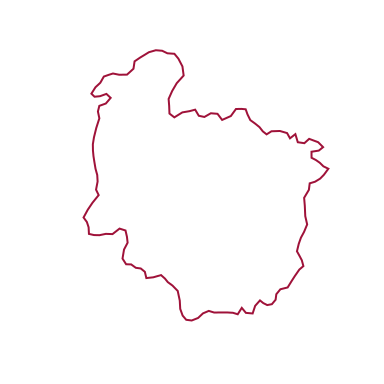 Matias Barbosa, Minas Gerais, Brazil (Equal Earth projection), rotated 204°
{"feature_id": "56859067B96954562093001", "entity_name": "Matias Barbosa", "entity_type": "district", "adm_level": 2, "iso_a3": "BRA", "parent_name": "Brazil", "parent_adm1": "Minas Gerais", "projection": "equal_earth", "projection_center": [-43.306, -21.87], "detail": "fine", "context": "isolated", "style": "outline", "palette": "rose", "viewbox_px": 384, "rotation_deg": 204, "n_neighbors": 0, "source": "geoboundaries", "source_scale": "gbopen_adm2", "svg_char_len": 1941}
<svg xmlns="http://www.w3.org/2000/svg" viewBox="0 0 384 384"><g transform="rotate(204 192 192)"><path d="M129.1,284.5L136.5,283.5L144.1,279.8L147.3,275.0L152.0,276.2L156.7,278.7L162.3,280.2L168.0,281.4L172.9,285.5L176.6,289.4L180.7,288.0L185.6,285.7L187.4,277.2L193.8,270.1L200.5,273.8L206.8,271.6L211.2,265.6L216.8,264.4L222.6,268.5L227.2,264.8L233.2,260.8L238.5,253.0L244.5,254.5L247.9,261.4L251.2,267.5L251.2,276.2L250.2,285.2L247.0,295.0L251.8,302.8L258.7,308.3L264.3,311.1L270.9,308.7L276.7,308.9L282.7,306.8L288.2,302.2L291.0,298.1L294.0,293.8L297.6,288.0L295.6,280.8L299.1,272.8L306.2,269.5L312.4,268.1L315.9,265.0L319.5,261.6L320.2,254.5L322.8,248.4L323.9,240.9L319.8,239.4L315.0,242.1L310.1,246.8L304.6,244.9L306.7,237.8L311.7,233.0L310.7,227.3L306.6,221.6L305.5,211.6L303.8,202.1L302.0,195.3L299.4,189.7L296.6,184.7L293.7,180.2L289.6,174.0L285.5,169.0L282.5,163.2L280.6,155.1L276.0,151.2L278.5,141.9L280.0,133.5L280.7,124.6L275.8,121.8L272.1,117.7L269.1,111.8L264.0,112.8L259.0,114.9L253.7,118.7L247.5,121.2L243.3,129.1L237.1,129.8L233.2,124.6L230.2,119.5L230.7,111.8L228.4,102.9L222.8,99.2L218.1,101.1L212.5,99.9L207.7,101.3L202.6,99.9L198.7,94.8L192.7,98.3L186.5,103.5L181.5,101.9L177.4,99.8L171.8,98.6L164.8,95.8L159.0,87.8L155.2,80.4L150.3,75.3L145.3,72.9L140.0,74.5L135.2,79.4L132.6,85.6L128.3,90.2L122.7,90.9L116.0,94.0L110.5,96.4L105.5,98.3L100.5,98.9L99.4,106.4L93.6,103.5L87.2,105.7L88.0,113.7L85.8,120.6L81.7,119.5L77.3,119.3L73.4,122.0L71.8,127.6L73.4,132.9L71.7,139.1L65.8,143.7L64.8,151.0L63.9,156.9L62.4,164.8L60.1,169.6L63.9,174.3L68.1,177.6L72.0,180.5L73.4,188.1L73.9,194.6L73.4,201.1L73.6,209.2L78.7,216.0L83.3,225.2L87.2,232.3L86.1,241.5L88.0,247.8L83.8,251.4L80.4,256.3L78.5,261.4L76.9,268.7L82.4,268.9L87.2,270.7L91.8,271.6L96.7,271.9L99.2,277.4L93.0,281.4L90.5,286.3L97.0,288.8L106.6,288.2L109.2,282.3L115.6,280.5L121.1,286.9L124.3,280.9L129.1,284.5Z" fill="none" stroke="#9f1239" stroke-width="2"/></g></svg>